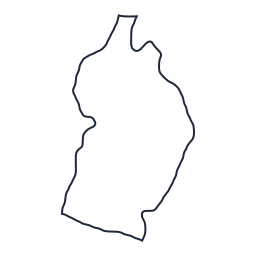 Villa Jaragua, Bahoruco, Dominican Republic
{"feature_id": "3306468B1836648434057", "entity_name": "Villa Jaragua", "entity_type": "district", "adm_level": 2, "iso_a3": "DOM", "parent_name": "Dominican Republic", "parent_adm1": "Bahoruco", "projection": "orthographic", "projection_center": [-71.495, 18.534], "detail": "fine", "context": "isolated", "style": "outline", "palette": "slate", "viewbox_px": 256, "rotation_deg": 0, "n_neighbors": 0, "source": "geoboundaries", "source_scale": "gbopen_adm2", "svg_char_len": 2870}
<svg xmlns="http://www.w3.org/2000/svg" viewBox="0 0 256 256"><path d="M62.0,213.9L64.4,214.4L65.8,215.0L69.2,216.8L72.1,218.1L76.1,220.3L79.1,221.6L82.4,223.4L83.9,224.0L86.3,224.5L89.4,225.3L92.8,226.9L94.3,227.5L98.3,228.4L99.8,228.9L103.2,230.5L104.7,231.0L107.4,231.4L116.4,231.7L118.1,231.8L119.9,232.2L121.4,232.7L124.8,234.3L131.1,235.9L135.2,238.0L139.0,239.2L142.2,240.6L144.4,235.7L144.9,234.2L145.3,231.7L145.4,229.2L145.2,224.9L144.7,222.4L144.1,221.0L142.4,217.7L142.0,216.2L141.9,214.7L142.0,213.9L142.1,213.2L142.4,212.6L142.9,211.9L143.5,211.5L144.9,211.0L146.4,210.9L151.9,210.8L153.4,210.5L154.7,209.9L155.7,208.9L157.4,206.5L161.1,201.8L162.0,200.4L163.8,196.8L168.5,190.7L169.2,189.3L170.2,187.1L172.5,183.1L173.7,180.2L175.7,176.1L176.2,174.6L176.8,171.4L177.3,169.8L179.3,165.8L180.6,162.8L182.6,158.8L183.1,157.3L183.9,153.3L184.5,151.8L186.3,148.5L187.2,146.3L188.0,144.9L189.0,143.5L191.8,140.2L192.7,138.8L193.1,138.1L193.6,136.5L193.9,134.8L194.0,130.6L193.7,127.2L193.2,124.7L192.5,123.4L191.0,120.7L189.8,117.8L187.7,113.7L187.2,112.2L186.5,109.0L186.1,107.4L184.5,104.0L184.0,102.5L183.1,98.5L182.7,96.9L179.0,89.3L178.1,88.0L177.0,86.8L174.7,84.6L172.7,83.3L169.1,81.6L167.9,80.8L166.0,79.2L163.6,77.0L162.0,75.2L160.5,73.3L159.7,71.9L159.3,70.4L159.1,68.8L159.0,66.4L159.1,63.2L159.4,60.9L159.7,59.4L160.9,56.2L161.1,54.9L160.8,53.6L160.1,52.4L159.1,51.2L154.3,45.9L153.5,44.7L151.9,42.4L151.5,42.0L150.4,41.6L149.3,41.5L148.7,41.7L147.4,42.3L145.7,43.8L140.8,48.9L139.6,49.9L138.3,50.6L137.7,50.8L136.6,50.9L135.8,50.8L135.0,50.6L134.3,50.2L133.2,49.3L132.2,48.1L131.9,47.4L131.4,45.7L131.2,43.9L131.1,42.1L131.3,33.6L131.4,30.8L131.7,28.9L131.9,28.1L132.4,26.5L134.1,23.1L135.4,19.3L136.8,16.3L130.2,16.5L125.2,16.4L121.3,16.0L118.8,15.4L117.3,21.5L116.5,23.7L114.7,27.1L113.5,30.0L111.2,34.0L110.0,36.9L107.8,40.9L106.5,43.9L105.6,45.3L104.5,46.6L103.3,47.9L102.1,49.0L100.7,50.0L99.2,50.8L96.3,52.0L93.0,53.8L89.3,55.3L84.9,57.9L83.7,58.7L82.9,59.9L80.7,63.6L80.0,65.0L79.6,66.6L79.0,69.8L78.5,71.3L76.9,74.7L76.4,76.2L76.1,77.9L75.4,83.6L75.0,85.2L73.8,87.8L73.3,89.2L73.1,90.0L73.2,91.5L73.3,92.3L73.8,93.7L75.2,96.3L76.4,99.2L78.5,103.3L79.0,104.8L79.6,108.1L80.0,109.6L80.7,111.0L82.5,114.1L83.3,115.3L83.9,115.8L84.5,116.1L85.9,116.6L89.6,117.0L91.0,117.3L92.3,117.9L92.9,118.4L93.7,119.5L94.9,121.7L95.3,123.0L95.3,123.7L95.2,124.4L94.9,125.0L94.0,126.1L92.9,126.9L90.1,128.1L88.0,129.4L86.1,131.0L84.4,133.0L83.6,134.5L83.1,136.3L82.9,138.0L82.6,144.1L82.3,145.7L82.0,146.4L81.6,147.0L81.1,147.5L79.0,149.1L78.0,150.1L77.1,151.2L76.4,152.7L76.0,154.4L75.8,156.2L75.8,159.0L75.9,170.2L75.7,172.9L75.4,174.7L74.9,176.2L73.1,179.6L71.8,182.5L69.5,186.4L68.3,189.4L66.9,192.0L66.2,193.4L65.7,195.8L65.1,200.8L64.8,202.4L64.3,203.9L62.8,207.3L62.4,208.9L62.2,210.5L62.0,213.9Z" fill="none" stroke="#1e293b" stroke-width="2"/></svg>